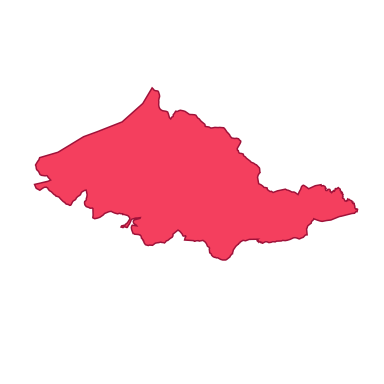 Atwima Nwabiagya North, Ashanti, Ghana, rotated 131°
{"feature_id": "2480657B14484334363928", "entity_name": "Atwima Nwabiagya North", "entity_type": "district", "adm_level": 2, "iso_a3": "GHA", "parent_name": "Ghana", "parent_adm1": "Ashanti", "projection": "orthographic", "projection_center": [-1.753, 6.879], "detail": "fine", "context": "isolated", "style": "filled", "palette": "rose", "viewbox_px": 384, "rotation_deg": 131, "n_neighbors": 0, "source": "geoboundaries", "source_scale": "gbopen_adm2", "svg_char_len": 5952}
<svg xmlns="http://www.w3.org/2000/svg" viewBox="0 0 384 384"><g transform="rotate(131 192 192)"><path d="M261.5,207.6L259.0,204.2L259.0,203.8L258.5,203.2L258.7,202.6L258.6,201.9L259.0,201.0L260.0,199.9L259.8,199.2L260.3,198.2L260.2,197.5L260.8,197.0L260.6,196.6L260.9,196.0L261.4,195.4L261.9,194.3L262.3,192.5L261.1,189.9L260.0,189.3L258.1,186.8L254.7,186.1L253.2,185.0L252.4,184.2L250.2,182.6L249.9,181.6L249.0,180.5L248.5,179.3L247.1,179.2L245.6,179.3L244.5,178.5L241.4,178.0L239.1,177.3L237.6,177.6L236.3,178.7L229.9,177.6L229.9,176.7L229.6,176.1L229.8,174.0L230.3,171.4L230.8,170.7L231.0,169.8L230.6,169.2L229.3,168.1L229.7,167.4L231.2,167.1L233.1,166.1L227.5,158.7L227.7,158.0L227.3,157.5L226.0,156.8L224.4,155.1L224.4,154.4L221.3,152.0L221.1,149.1L221.6,147.1L222.8,144.7L222.5,142.7L222.8,142.0L223.4,141.6L223.7,141.6L226.3,138.7L226.1,138.2L226.2,136.6L226.8,135.8L227.0,134.0L226.6,132.2L226.0,131.6L225.8,130.5L224.8,129.5L224.1,126.2L223.2,124.3L221.3,122.1L220.4,121.6L216.0,120.8L215.0,121.2L212.5,121.2L212.0,120.9L211.2,121.6L210.7,121.7L208.6,122.8L204.3,123.3L201.6,123.0L201.0,122.7L200.3,123.0L198.9,122.6L197.8,122.8L197.3,122.5L195.0,121.8L193.7,119.6L190.2,117.7L184.6,111.5L185.2,111.7L185.2,110.8L185.9,111.0L186.0,110.8L185.5,110.3L186.1,109.9L186.1,109.6L185.8,109.2L186.0,108.7L185.7,108.7L185.4,108.8L185.1,107.4L184.9,107.4L185.1,107.0L184.7,106.5L184.3,106.4L184.5,106.1L184.6,105.4L184.3,105.1L182.1,104.3L181.2,103.8L180.3,102.6L179.8,100.8L178.2,99.4L176.4,98.4L175.1,96.5L173.6,95.9L170.4,92.5L169.0,91.8L167.6,89.8L166.0,88.5L163.3,86.8L159.9,85.3L158.8,84.2L158.0,82.8L157.1,80.3L156.2,79.8L155.0,79.3L153.2,78.3L150.2,78.2L149.7,77.9L148.8,77.0L144.5,81.5L143.6,81.5L142.3,82.2L141.3,82.4L137.2,81.6L136.2,82.3L135.4,82.4L132.8,82.1L132.3,82.5L131.1,79.2L129.8,76.2L128.8,74.5L125.2,71.7L122.0,68.8L113.9,64.7L112.1,63.3L103.3,57.2L101.4,55.4L99.3,55.4L98.6,54.5L96.4,55.7L96.4,56.0L96.9,56.9L97.3,56.7L97.5,56.8L97.3,58.0L97.0,59.0L96.4,59.3L95.3,60.7L95.2,61.1L94.2,62.1L95.0,63.0L94.8,63.3L94.8,63.7L94.4,63.7L94.4,64.0L94.1,64.2L94.5,64.5L94.5,64.8L93.9,65.4L94.2,66.7L94.5,67.2L94.5,68.8L95.2,69.5L95.2,69.9L95.9,69.6L95.9,69.0L96.4,68.8L97.3,69.8L97.6,69.9L97.9,69.7L98.4,70.8L97.6,72.5L97.4,73.4L97.8,74.2L97.3,74.6L97.2,75.0L96.3,75.1L96.0,75.4L96.0,75.8L95.4,76.3L95.3,76.6L94.7,76.5L94.7,77.5L94.0,77.9L93.9,78.2L94.3,78.2L94.2,78.7L94.6,78.8L94.4,79.1L93.9,79.2L93.7,79.7L93.7,81.1L92.8,81.8L92.6,82.3L92.8,83.8L92.6,84.4L92.9,84.6L94.2,84.7L94.8,85.2L94.9,85.7L95.2,85.8L95.5,85.5L95.8,85.9L97.4,85.1L97.7,85.1L97.9,85.6L98.3,85.3L98.5,85.6L98.3,86.0L100.4,86.1L100.1,86.5L100.7,86.6L100.6,86.8L101.0,87.1L100.9,87.4L101.0,88.1L100.0,88.8L99.7,89.7L100.1,90.5L100.6,90.7L100.9,91.1L102.2,91.0L102.9,91.7L103.0,92.1L101.8,93.7L101.4,93.3L100.6,95.2L101.0,97.1L101.6,97.5L102.0,98.0L102.5,98.3L102.5,98.5L102.1,98.9L101.8,99.4L106.4,103.1L113.0,106.1L113.3,109.8L113.7,112.2L114.6,112.8L116.2,112.8L118.9,111.7L121.1,111.3L124.4,110.3L124.7,113.6L125.1,115.0L126.5,116.6L127.0,118.9L127.6,120.6L128.2,121.6L128.6,123.4L135.1,128.3L139.2,130.5L139.4,132.6L140.4,133.3L140.5,134.0L140.7,136.5L140.5,137.0L139.7,137.8L139.7,138.1L140.7,139.9L141.3,140.6L141.1,142.5L141.3,144.8L142.0,147.1L137.9,152.2L136.0,153.1L133.8,153.5L132.6,153.4L132.2,154.1L130.1,156.2L129.6,157.0L129.2,161.1L129.6,162.2L129.8,164.4L130.7,166.8L130.5,168.4L130.8,173.2L130.5,174.6L130.8,176.9L129.8,178.1L130.4,179.8L131.5,181.5L131.6,182.2L131.1,183.3L130.4,184.2L130.6,185.2L129.5,186.4L124.0,187.5L122.4,188.0L121.6,188.6L121.6,190.4L121.3,191.8L122.2,193.6L123.6,194.9L125.1,197.4L124.9,199.5L124.2,201.2L123.9,203.0L123.8,204.9L122.8,208.7L122.7,210.2L125.1,213.5L126.2,214.5L128.2,217.1L130.4,218.8L131.4,219.8L131.8,221.8L133.8,225.0L132.5,226.7L132.6,231.8L132.1,234.6L132.4,236.3L131.5,239.5L132.1,240.8L133.6,242.9L135.1,244.7L135.7,250.1L136.4,251.7L137.9,254.4L139.1,255.2L140.5,255.7L141.4,256.5L141.5,257.2L142.9,257.2L143.7,256.9L144.9,256.9L146.2,256.8L146.7,256.2L147.5,255.8L148.8,256.4L150.8,256.0L150.7,257.8L148.4,261.3L147.6,262.9L148.1,264.5L150.0,267.6L150.4,269.5L150.2,271.2L149.3,272.9L148.0,274.4L145.7,276.2L144.8,277.2L142.9,278.3L141.3,279.0L140.2,280.1L138.4,283.0L138.2,284.0L139.6,286.2L140.0,287.3L139.7,288.7L139.6,290.4L157.5,287.2L184.9,290.7L208.9,303.2L221.4,310.1L249.9,319.2L266.0,329.5L268.4,328.6L269.8,328.6L274.3,327.8L275.2,326.2L276.2,325.2L277.1,323.8L277.0,322.8L277.3,320.9L278.5,318.2L278.2,316.6L276.2,313.5L274.9,312.3L274.8,311.7L275.3,310.3L275.7,306.5L278.2,307.6L289.6,315.8L291.3,312.3L291.4,311.8L290.5,308.0L287.2,307.2L285.3,306.5L283.9,305.1L283.7,303.3L284.2,302.3L284.5,300.5L284.1,298.3L284.4,294.5L284.1,293.0L284.4,292.2L283.1,289.3L283.5,286.1L283.7,282.6L283.3,281.1L283.7,280.1L283.6,278.9L283.2,278.3L283.1,277.9L282.6,277.5L282.4,275.7L281.7,275.0L281.0,274.9L277.4,275.8L275.7,275.5L275.1,275.1L273.4,275.0L272.3,275.4L270.1,275.2L269.4,274.9L267.3,274.4L265.2,275.1L264.0,275.1L261.8,274.3L260.9,273.9L260.0,273.1L262.8,269.4L265.1,267.9L266.0,267.7L267.1,266.7L268.6,266.5L269.5,266.8L270.7,266.0L271.8,264.7L272.1,264.0L272.4,262.2L271.3,259.5L271.1,258.3L269.4,256.5L269.4,256.0L274.4,251.4L276.5,250.0L276.0,247.9L273.7,246.2L271.4,244.9L267.5,243.9L265.6,243.9L261.4,241.8L259.6,240.3L259.3,238.7L259.0,238.0L258.8,237.0L257.3,233.8L255.7,232.8L254.9,231.2L253.9,230.1L254.4,229.5L253.5,228.5L252.0,225.2L251.9,224.4L252.3,222.3L253.0,221.4L253.9,221.1L257.2,220.6L258.3,220.6L259.9,221.0L261.0,220.8L261.7,221.5L263.8,222.9L265.0,222.6L264.1,220.7L263.2,220.6L262.4,220.0L261.5,217.8L261.1,217.6L258.3,218.2L257.3,218.2L254.1,219.1L253.1,219.6L251.9,219.5L248.7,217.5L247.5,216.2L245.2,214.2L246.0,213.9L250.6,217.0L251.9,217.4L252.9,216.9L253.8,215.7L253.8,214.1L253.6,212.4L253.8,211.5L256.2,215.3L257.1,215.2L258.4,214.6L258.8,214.3L260.1,212.7L262.0,209.2L261.5,208.5L261.5,207.6Z" fill="#f43f5e" stroke="#9f1239" stroke-width="1.5"/></g></svg>